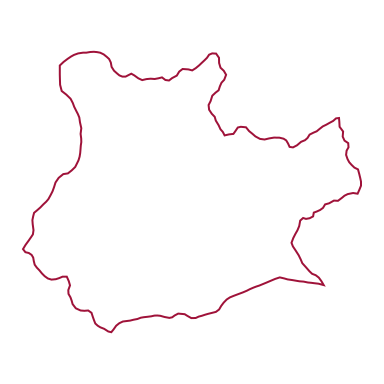 Curral de Dentro, Minas Gerais, Brazil (Robinson projection)
{"feature_id": "56859067B33265035190159", "entity_name": "Curral de Dentro", "entity_type": "district", "adm_level": 2, "iso_a3": "BRA", "parent_name": "Brazil", "parent_adm1": "Minas Gerais", "projection": "robinson", "projection_center": [-41.753, -15.857], "detail": "fine", "context": "isolated", "style": "outline", "palette": "rose", "viewbox_px": 384, "rotation_deg": 0, "n_neighbors": 0, "source": "geoboundaries", "source_scale": "gbopen_adm2", "svg_char_len": 3547}
<svg xmlns="http://www.w3.org/2000/svg" viewBox="0 0 384 384"><path d="M246.0,127.3L240.8,126.8L237.8,127.5L235.4,131.1L233.4,133.9L229.0,134.4L224.6,135.4L222.8,131.9L220.5,129.3L218.6,125.2L215.8,120.6L214.7,116.8L211.8,113.8L209.1,109.7L208.6,105.0L210.6,101.1L212.3,95.7L215.6,92.6L218.6,90.3L219.9,86.3L221.5,82.7L224.2,79.8L226.1,74.8L223.8,70.8L220.5,67.7L219.1,63.0L219.0,57.8L216.1,53.6L212.2,53.4L209.1,54.7L207.0,57.8L204.5,60.3L201.5,63.1L199.1,65.4L195.7,68.2L192.2,70.4L188.4,69.4L182.6,69.0L179.2,71.6L176.8,75.6L172.1,78.1L169.0,80.5L165.4,80.0L162.0,77.4L158.4,78.3L154.7,79.0L150.6,78.7L146.4,79.1L142.2,80.1L138.3,78.3L134.3,75.4L131.3,73.7L128.3,75.2L125.6,76.6L122.4,76.6L119.4,75.4L117.0,73.4L114.0,70.7L111.6,66.9L110.8,62.5L109.1,59.0L106.8,56.9L103.7,54.4L100.2,52.7L97.0,52.1L93.9,51.8L90.2,52.0L86.1,52.7L82.9,52.7L78.2,53.4L74.0,54.9L71.1,56.5L67.7,58.8L63.6,61.9L59.8,65.5L59.8,69.8L59.8,74.5L59.9,78.5L60.1,84.8L61.7,91.0L66.3,94.6L70.6,98.8L72.8,103.0L74.2,106.8L76.4,111.2L77.9,114.1L79.3,117.5L80.0,122.4L81.3,128.2L80.6,133.9L81.2,138.5L81.3,142.1L80.8,145.5L80.5,149.4L80.2,153.0L79.6,156.7L78.5,160.3L77.1,163.2L75.2,167.0L71.7,170.4L67.9,173.4L63.3,174.1L58.7,177.8L55.5,182.5L54.0,187.3L52.5,191.4L50.5,195.3L48.4,199.1L46.2,201.7L43.4,204.3L40.3,207.5L37.0,210.4L34.1,212.8L33.2,216.2L32.4,220.1L32.7,224.2L33.5,230.2L32.9,234.4L31.1,237.1L28.6,240.7L25.6,244.8L23.0,249.1L25.4,252.2L28.8,253.0L31.6,254.9L33.2,257.6L33.8,261.1L34.7,264.7L36.8,267.6L39.4,270.3L41.9,273.4L44.7,276.2L47.9,278.5L51.5,279.6L55.8,279.2L59.2,278.1L62.5,276.7L66.8,276.7L68.8,281.2L70.0,285.4L68.3,290.1L68.5,293.9L70.5,297.4L71.7,300.8L72.6,304.1L75.8,308.3L80.6,310.5L84.4,310.8L88.2,310.5L91.5,312.8L92.8,316.8L94.0,320.2L95.3,323.5L97.7,325.7L100.3,327.3L104.1,328.8L108.3,331.5L111.3,332.2L113.5,329.5L116.2,325.7L119.3,323.2L122.9,321.5L130.1,320.6L133.7,319.7L137.4,319.0L140.8,317.7L143.8,317.2L147.4,316.8L151.3,316.3L154.4,315.6L157.3,315.5L160.3,315.8L164.6,317.0L169.4,317.9L172.2,317.3L174.6,315.5L178.2,313.6L181.6,313.9L184.7,314.2L187.4,315.9L191.3,318.1L195.7,318.0L198.7,316.6L201.8,315.8L204.8,314.8L207.9,313.9L211.5,313.0L215.9,311.9L219.1,309.5L221.2,305.9L223.7,302.6L226.7,299.5L229.9,297.4L233.8,295.8L238.3,294.1L242.9,292.4L246.9,290.7L249.8,289.2L253.5,287.6L256.4,286.5L259.2,285.6L262.1,284.4L266.0,282.8L271.4,280.5L275.2,278.9L279.8,277.4L284.1,278.4L287.6,279.4L292.5,280.1L296.5,280.8L299.5,281.3L303.6,281.6L307.9,282.5L311.2,282.8L314.2,283.2L318.5,283.7L323.7,285.1L321.5,281.3L318.8,277.6L315.7,275.2L312.1,273.8L309.4,271.2L306.0,267.3L302.3,263.2L300.7,259.4L298.7,255.3L295.5,250.3L292.9,246.4L291.5,242.8L293.3,238.0L295.5,233.7L297.4,230.4L299.2,226.1L300.2,220.6L303.1,218.0L306.0,218.9L309.7,218.2L313.1,216.4L313.8,212.6L316.8,211.5L320.1,210.0L323.0,207.9L325.1,204.4L329.1,203.3L333.9,200.6L338.0,200.8L342.1,197.7L344.5,195.7L347.7,194.1L353.1,193.0L357.6,193.7L359.3,189.9L361.0,185.7L361.0,181.6L360.2,177.9L359.3,174.2L358.0,169.4L354.4,167.6L351.5,164.8L349.2,162.2L347.5,159.0L346.1,154.9L346.6,150.7L348.5,147.3L348.2,143.1L344.5,140.6L342.7,136.6L343.1,131.5L339.6,126.8L339.3,121.5L339.0,118.0L336.0,118.4L333.2,120.9L329.3,123.0L326.3,124.7L322.8,126.4L319.6,128.9L316.7,131.3L313.6,132.6L309.6,134.6L307.5,138.0L305.0,140.2L301.1,141.8L297.0,145.3L293.0,147.4L289.6,146.9L288.0,143.4L286.2,140.4L283.6,138.7L279.5,137.7L274.0,137.6L269.2,138.4L264.6,139.5L260.0,138.9L255.4,136.4L252.3,133.7L249.1,131.1L246.0,127.3Z" fill="none" stroke="#9f1239" stroke-width="2"/></svg>